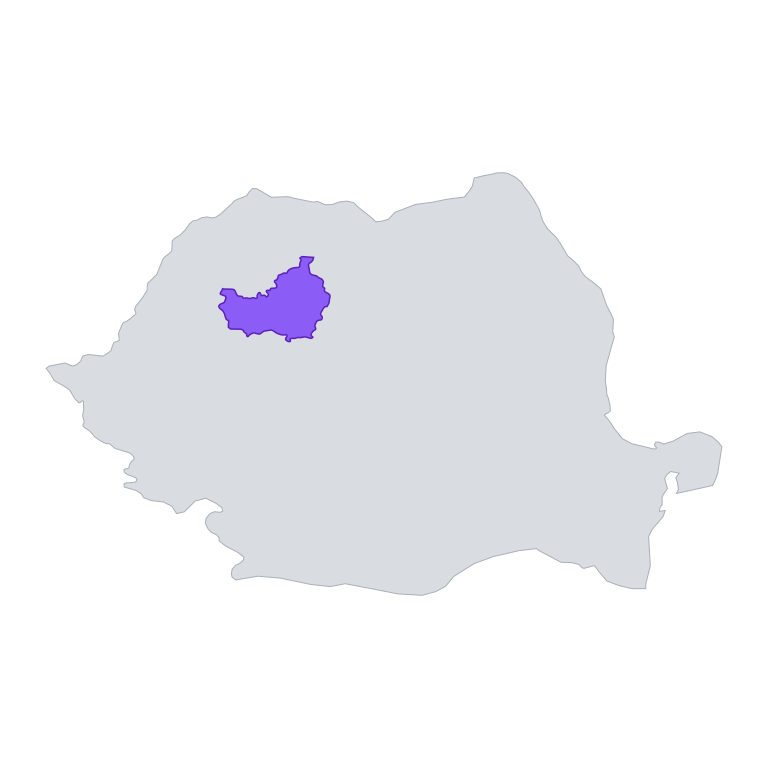 where Cluj sits in Romania
{"feature_id": "ROU-296", "entity_name": "Cluj", "entity_type": "County", "adm_level": 1, "iso_a3": "ROU", "parent_name": "Romania", "parent_adm1": "", "projection": "equal_earth", "projection_center": [23.487, 46.867], "detail": "fine", "context": "in_parent", "style": "filled", "palette": "violet", "viewbox_px": 768, "rotation_deg": 0, "n_neighbors": 0, "source": "natural_earth", "source_scale": "10m", "svg_char_len": 6739}
<svg xmlns="http://www.w3.org/2000/svg" viewBox="0 0 768 768"><path d="M614.6,429.1L622.4,438.7L632.1,443.8L654.4,449.1L656.3,448.5L656.5,447.5L654.9,446.1L654.6,444.3L655.7,442.1L658.7,442.0L663.8,444.0L673.2,441.1L687.0,433.5L699.8,431.9L711.7,436.5L717.9,441.7L721.9,446.7L720.9,452.9L720.3,456.8L717.8,472.8L715.8,478.7L712.6,485.5L676.3,493.5L678.5,489.6L677.5,482.9L675.8,477.8L679.1,473.2L670.8,471.5L667.3,474.1L664.6,478.5L667.4,488.6L663.5,494.2L662.1,497.3L662.1,504.7L659.9,507.9L659.5,511.4L665.3,510.5L662.9,516.9L652.2,529.3L648.6,536.6L650.3,565.9L645.9,583.4L645.7,588.6L634.0,588.7L630.5,588.3L619.3,585.7L606.8,581.0L599.2,572.0L594.4,565.5L584.0,568.4L581.9,567.7L579.0,564.5L571.0,562.5L561.2,562.4L539.0,550.6L536.5,548.6L519.3,550.6L493.5,556.5L473.9,563.7L453.7,576.5L445.5,586.3L436.0,591.5L422.4,595.3L397.9,593.9L372.5,588.9L345.1,583.7L330.4,586.6L310.4,584.4L280.3,578.1L257.9,576.2L235.8,579.9L232.1,577.1L231.3,573.8L232.2,569.2L235.3,565.5L240.7,562.7L243.5,559.9L243.8,557.0L237.8,552.4L225.6,546.0L220.5,542.0L219.3,541.0L219.0,537.5L216.4,534.7L211.7,532.6L208.0,528.9L205.4,523.5L206.0,518.5L209.8,513.7L214.5,511.7L220.3,512.3L222.8,511.0L221.8,507.6L216.2,503.4L205.8,498.2L195.2,501.0L184.4,511.8L176.6,513.6L171.9,506.3L163.5,502.0L151.4,500.6L143.9,497.8L141.1,493.7L135.9,490.4L124.2,487.0L124.1,483.7L126.0,483.0L130.1,482.7L135.7,482.0L136.6,480.1L136.7,478.4L132.3,476.3L127.9,474.8L125.6,473.4L124.2,471.7L123.9,470.0L125.2,468.9L127.0,468.8L128.8,467.8L129.8,463.9L132.2,460.7L134.0,459.5L133.9,457.1L132.1,454.9L129.7,453.0L126.2,451.8L115.1,448.5L109.5,443.8L106.1,443.6L100.7,441.0L94.9,437.0L89.9,431.2L84.5,427.5L83.1,426.0L83.0,424.5L84.0,422.9L84.0,421.1L82.6,415.5L83.7,409.5L83.5,404.0L83.5,401.4L82.4,400.7L81.5,401.5L80.1,402.6L78.8,402.8L74.8,398.7L69.9,390.4L66.4,387.6L59.8,383.8L54.2,380.6L50.2,373.7L46.1,368.4L48.9,366.1L65.1,363.0L72.6,366.1L76.0,365.0L79.3,362.5L81.1,360.5L81.5,358.4L83.2,355.8L88.6,354.5L103.0,356.1L108.9,352.4L111.1,350.4L112.4,346.0L114.0,342.4L119.2,340.5L119.1,337.3L118.4,333.7L121.5,325.9L123.3,322.6L126.3,321.5L129.8,319.0L136.0,313.8L134.6,309.3L135.9,306.0L142.3,297.9L147.2,290.2L147.2,286.3L147.9,282.9L152.2,279.1L156.8,274.3L162.9,259.2L165.0,256.6L168.9,253.8L171.8,250.9L172.2,241.0L174.9,238.2L180.2,235.0L185.3,229.8L189.6,223.7L192.8,220.9L197.1,220.1L201.8,217.7L207.0,216.9L212.0,218.0L215.2,217.4L220.0,214.5L232.3,203.3L234.1,201.1L236.6,199.6L246.6,195.8L249.1,191.9L252.5,188.5L257.0,188.8L271.4,197.3L286.8,196.7L289.6,197.0L290.6,197.2L292.4,197.9L313.0,202.1L316.2,201.7L317.1,201.3L325.3,204.8L332.7,204.4L339.6,201.9L346.8,201.1L353.5,202.6L358.6,207.5L371.8,217.9L375.7,221.8L381.7,221.2L388.4,219.3L395.0,212.3L415.6,204.4L431.4,202.4L446.7,199.3L464.5,197.0L469.5,190.6L472.3,186.2L474.2,178.0L483.7,175.7L492.8,174.0L496.0,173.0L502.6,172.7L507.8,173.4L515.8,177.4L521.5,182.4L523.8,186.4L528.7,192.1L533.9,200.0L539.7,210.6L541.0,216.0L543.2,221.8L547.5,228.8L555.6,236.7L556.8,238.2L560.5,243.7L567.7,255.9L573.6,260.8L578.8,266.2L581.4,271.6L585.1,276.4L593.8,282.9L600.8,288.8L606.8,305.8L610.9,313.6L613.5,319.6L612.7,331.8L614.4,337.0L611.5,346.5L606.2,365.6L605.3,380.9L606.5,389.1L606.8,394.4L608.2,397.8L609.9,404.8L610.3,410.9L608.3,412.7L605.5,414.1L604.4,415.4L607.1,418.1L610.9,423.2L614.6,429.1Z" fill="#d9dde1" stroke="#a8b0b8" stroke-width="1"/><path d="M313.6,257.4L312.9,260.0L312.2,261.0L311.3,262.0L309.0,263.6L308.6,264.5L308.5,265.6L308.8,266.6L309.6,271.6L309.9,272.7L310.4,273.6L311.2,274.4L312.1,274.8L316.1,275.8L317.2,276.4L318.6,277.6L319.4,278.0L321.0,278.7L322.1,279.4L323.0,280.7L323.4,281.8L323.3,282.9L322.9,284.1L322.7,285.2L322.7,286.6L323.3,287.2L324.5,288.0L324.7,288.5L324.5,289.2L324.4,289.9L324.5,291.0L325.0,291.7L325.9,292.3L328.3,293.5L329.7,294.8L330.0,296.0L329.9,297.5L329.5,298.8L329.1,302.5L328.6,303.7L327.1,306.5L325.0,306.7L324.3,307.3L323.5,308.2L320.9,312.7L320.6,313.7L320.6,314.5L321.0,315.2L321.7,315.9L322.2,316.8L322.2,318.3L321.8,319.3L321.1,319.9L318.5,320.3L317.6,320.7L316.5,321.7L315.8,323.0L315.0,324.9L314.9,326.0L315.1,326.8L315.4,327.6L315.7,328.3L315.6,329.3L315.1,329.9L313.6,330.7L312.7,331.6L311.3,333.5L311.0,334.6L311.3,335.7L312.9,337.1L312.4,337.8L311.2,338.3L310.3,338.3L305.9,337.0L304.4,336.9L301.9,337.4L300.8,337.6L297.6,337.5L296.9,337.7L295.5,338.2L294.7,338.4L291.4,338.4L290.6,338.6L290.2,339.0L290.1,339.6L290.3,340.2L290.4,340.8L290.3,341.3L289.8,341.6L288.8,341.6L287.6,341.2L286.2,340.3L285.7,339.4L285.5,338.6L285.9,337.9L286.5,337.2L287.0,336.2L287.0,335.5L286.6,335.0L285.8,334.8L283.5,335.0L282.2,334.9L280.6,334.6L277.1,333.4L273.2,330.8L272.2,330.3L271.0,330.0L263.8,331.2L261.3,333.0L260.6,333.6L259.9,333.9L259.0,334.1L257.8,333.9L254.6,333.0L253.3,333.0L252.6,333.2L249.7,334.8L249.1,335.3L248.4,336.3L247.8,336.6L247.3,336.5L246.8,335.9L246.7,335.3L246.6,334.2L246.2,333.7L245.6,333.2L244.8,332.6L244.1,332.0L243.7,331.5L243.1,330.2L242.1,329.7L240.5,329.2L230.5,329.0L228.4,327.3L228.4,323.9L228.8,321.6L228.4,320.8L227.8,320.3L227.0,319.8L226.3,319.3L225.7,318.1L224.5,313.9L223.6,312.0L222.6,310.7L219.8,308.4L219.0,307.3L218.8,306.5L218.9,305.8L219.3,305.1L219.9,304.5L220.7,304.0L223.3,302.9L224.0,302.5L224.5,301.9L224.8,301.1L225.2,300.1L225.6,299.1L225.9,297.4L225.5,296.4L224.6,295.8L221.0,294.5L220.4,294.1L220.3,293.5L220.5,292.7L222.1,290.0L222.6,288.7L223.5,289.0L231.9,289.2L233.2,289.4L233.9,289.7L234.6,290.3L235.2,291.1L236.3,293.8L237.1,295.0L237.8,295.8L238.7,296.1L241.3,296.3L242.0,296.5L242.5,296.9L242.8,297.4L243.2,297.9L243.7,298.2L244.4,298.2L246.0,297.9L246.8,297.9L247.6,298.1L248.4,298.3L249.4,298.5L250.6,298.4L252.0,297.9L253.0,297.7L253.9,297.8L255.5,298.4L256.3,298.3L257.0,298.0L257.2,297.2L257.1,296.5L257.1,295.7L257.3,295.1L258.2,293.4L258.7,292.7L259.6,292.6L260.2,293.0L260.6,293.7L261.1,295.1L261.5,295.5L262.1,295.6L263.6,295.2L264.3,295.2L264.9,295.4L265.4,295.8L265.8,296.3L266.3,296.8L267.0,296.7L267.6,296.3L268.2,295.0L268.3,294.2L268.0,293.4L267.2,292.7L266.6,292.0L266.3,291.2L266.6,290.6L267.7,290.2L268.4,290.2L269.6,290.6L270.0,290.4L270.3,289.3L270.6,288.7L271.4,288.3L272.2,288.2L273.8,288.2L274.8,288.1L275.8,287.9L276.5,287.3L276.8,286.5L276.7,285.7L276.0,283.7L275.7,283.1L274.7,282.1L274.5,281.5L274.6,280.9L275.0,280.4L276.4,280.0L276.9,279.8L277.0,279.3L277.5,278.3L278.0,277.4L278.1,276.6L278.2,275.9L278.5,275.3L281.7,274.2L283.3,273.2L284.2,273.0L285.0,273.0L285.7,273.3L286.4,273.3L287.0,272.9L287.5,271.8L288.1,270.7L289.2,269.6L291.7,268.4L294.0,267.8L298.2,267.4L299.2,267.0L299.8,266.2L299.7,264.4L300.1,262.7L300.4,261.6L300.9,260.8L301.0,260.1L300.9,259.5L299.9,258.1L301.9,256.6L313.6,257.4Z" fill="#8b5cf6" stroke="#5b21b6" stroke-width="1.5"/></svg>